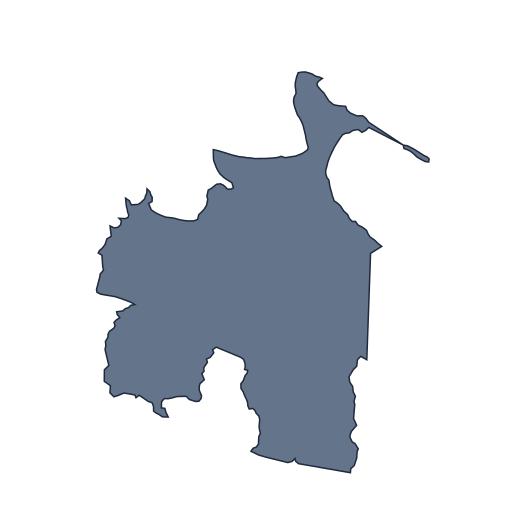 outline of Barra do Ribeiro, Rio Grande do Sul, Brazil, rotated 286°
{"feature_id": "56859067B30618115493116", "entity_name": "Barra do Ribeiro", "entity_type": "district", "adm_level": 2, "iso_a3": "BRA", "parent_name": "Brazil", "parent_adm1": "Rio Grande do Sul", "projection": "natural_earth1", "projection_center": [-51.322, -30.367], "detail": "fine", "context": "isolated", "style": "filled", "palette": "slate", "viewbox_px": 512, "rotation_deg": 286, "n_neighbors": 0, "source": "geoboundaries", "source_scale": "gbopen_adm2", "svg_char_len": 4270}
<svg xmlns="http://www.w3.org/2000/svg" viewBox="0 0 512 512"><g transform="rotate(286 256 256)"><path d="M403.2,367.0L415.6,327.5L418.7,323.5L420.2,319.9L418.5,314.3L419.4,307.4L421.3,303.3L424.6,300.9L423.9,297.5L423.2,293.8L422.8,288.9L425.2,283.3L428.3,279.8L431.5,276.2L433.5,272.4L436.7,267.8L439.1,267.2L441.5,268.1L445.0,270.9L445.4,267.8L445.3,263.6L446.4,259.9L446.6,256.9L446.5,252.6L445.2,248.8L443.8,246.0L441.3,245.8L438.7,245.7L433.6,246.0L430.1,246.8L425.8,248.8L423.2,249.7L418.9,248.8L415.5,249.3L412.9,250.4L409.9,252.1L405.5,255.2L402.8,257.2L401.0,259.6L397.7,262.7L394.6,265.2L389.9,267.9L385.9,270.2L382.9,271.6L379.6,273.3L377.3,274.7L374.9,276.3L372.2,276.2L368.2,273.1L365.7,270.2L362.9,266.4L360.7,261.5L358.5,256.9L358.8,252.8L356.9,250.0L355.2,246.2L354.2,243.5L352.4,238.3L349.2,227.5L348.8,223.7L348.0,220.6L347.6,216.8L346.8,212.2L346.5,205.1L346.7,198.1L346.8,190.7L346.5,185.6L338.6,188.0L336.0,189.1L330.2,193.4L327.5,195.9L324.8,199.0L322.3,204.0L320.6,209.6L319.8,212.6L315.3,215.5L313.3,213.4L312.4,210.2L313.9,207.6L315.2,204.8L315.6,201.8L314.1,198.3L308.6,194.4L306.2,191.9L303.6,192.1L300.1,192.2L297.1,194.0L291.1,194.5L286.4,193.2L282.7,191.2L279.9,189.6L275.2,189.8L272.8,186.9L271.2,181.9L270.5,178.4L270.0,174.7L269.8,171.4L269.8,167.0L269.2,162.7L268.5,158.8L268.8,154.3L269.6,148.8L270.4,145.7L271.5,142.6L276.9,138.3L279.7,141.1L283.7,140.1L286.1,137.8L288.7,136.1L290.5,132.7L286.2,133.7L283.4,133.2L280.3,133.3L276.1,130.9L273.1,128.5L270.8,122.0L274.2,119.1L275.6,114.7L270.7,116.6L267.9,117.8L265.7,119.2L263.1,120.3L260.3,122.4L257.8,122.4L255.9,120.0L254.5,113.9L252.8,116.9L248.6,117.2L245.5,115.3L243.9,111.9L244.7,107.4L241.0,108.9L238.7,109.9L235.0,111.4L231.3,107.9L228.7,107.9L225.3,107.7L220.8,105.9L218.3,104.1L215.4,103.5L214.3,107.7L203.5,111.6L200.8,113.2L198.4,112.5L196.0,111.2L192.3,111.6L179.8,111.9L177.2,113.2L176.5,117.2L177.1,123.1L177.6,127.1L178.1,132.0L177.8,139.1L177.4,144.4L176.9,149.1L175.9,152.8L174.0,149.1L171.3,147.7L169.4,144.9L166.4,143.0L164.0,137.4L161.4,138.8L159.2,142.1L156.1,139.4L153.1,137.8L149.9,139.8L147.2,139.1L143.4,136.0L140.2,135.3L137.1,136.1L132.4,134.8L128.6,136.3L124.4,136.7L110.2,144.7L104.8,141.6L93.7,144.7L91.2,151.8L84.2,153.3L81.5,158.2L83.9,161.9L86.1,164.6L87.9,166.9L88.6,173.1L89.0,177.9L86.7,179.7L89.9,182.0L88.8,185.6L86.5,192.4L86.3,196.6L83.0,199.0L78.7,200.3L77.5,203.3L76.8,206.9L75.6,210.4L77.0,216.0L81.2,212.3L84.4,210.4L84.0,206.9L89.8,205.4L93.6,207.1L94.6,210.9L96.2,214.0L99.0,218.6L100.1,221.9L101.9,227.7L99.7,231.4L99.5,238.2L100.7,241.2L103.8,242.5L106.6,242.2L111.4,238.4L114.6,237.5L117.7,237.3L122.8,240.4L128.1,236.3L130.8,237.8L134.3,236.6L140.4,238.6L143.3,236.8L146.0,240.0L151.3,242.1L154.0,240.1L157.4,242.9L154.4,269.1L153.2,272.6L149.6,275.1L146.3,276.2L143.7,276.3L143.9,279.5L140.9,279.8L138.0,278.5L132.5,278.1L129.0,276.7L124.5,278.1L121.7,281.3L118.8,283.4L115.7,286.2L113.2,288.1L109.7,289.5L107.0,291.7L108.6,295.2L106.9,297.9L104.9,299.5L102.9,302.9L99.9,304.6L96.9,305.2L92.8,306.0L89.4,307.5L87.0,309.0L83.0,308.5L79.1,309.4L76.0,310.2L72.5,309.0L70.4,306.2L66.9,304.9L65.4,313.5L65.4,322.2L66.2,343.6L68.5,347.3L72.1,349.3L69.6,350.7L68.1,354.1L73.7,406.5L77.6,405.7L81.8,408.2L89.6,408.5L95.8,407.1L98.8,407.5L103.0,402.9L103.9,399.6L107.8,396.2L110.9,395.8L114.1,396.2L121.0,399.4L126.6,394.6L140.8,391.8L143.0,390.3L148.6,390.2L152.2,386.9L157.3,384.8L160.6,380.9L165.6,378.7L173.4,380.8L177.9,383.2L184.3,382.1L188.4,384.4L186.8,391.1L290.1,365.4L299.9,374.2L301.4,370.4L304.1,365.3L305.7,360.5L308.0,357.7L311.2,355.1L313.1,350.1L313.9,345.5L316.7,342.0L315.7,339.1L317.7,335.5L321.2,332.5L323.4,328.0L327.3,323.5L329.2,319.9L330.6,315.9L335.4,312.5L337.8,311.2L340.4,309.5L343.9,307.5L349.1,305.1L350.9,302.6L354.4,300.3L357.5,299.4L361.9,299.4L365.5,299.2L369.8,299.4L373.9,299.9L380.3,301.0L383.4,301.6L391.4,304.0L396.1,305.6L398.5,308.0L400.1,311.7L403.4,314.5L405.7,319.3L404.1,323.8L407.1,326.9L410.7,329.0L403.2,367.0ZM403.2,367.0L400.1,368.6L399.9,372.4L399.2,375.8L397.5,379.8L395.6,383.2L394.4,387.7L393.4,392.7L394.0,396.1L397.1,395.6L398.4,393.0L398.9,389.7L400.1,385.7L401.1,382.4L402.2,378.6L403.0,374.8L403.7,371.2L403.2,367.0Z" fill="#64748b" stroke="#1e293b" stroke-width="1.5"/></g></svg>